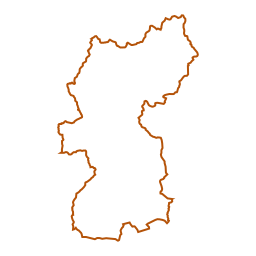 Petris, Arad, Romania
{"feature_id": "2599482B88106197026841", "entity_name": "Petris", "entity_type": "district", "adm_level": 2, "iso_a3": "ROU", "parent_name": "Romania", "parent_adm1": "Arad", "projection": "equal_earth", "projection_center": [22.372, 46.087], "detail": "fine", "context": "isolated", "style": "outline", "palette": "amber", "viewbox_px": 256, "rotation_deg": 0, "n_neighbors": 0, "source": "geoboundaries", "source_scale": "gbopen_adm2", "svg_char_len": 5666}
<svg xmlns="http://www.w3.org/2000/svg" viewBox="0 0 256 256"><path d="M191.7,61.2L193.4,59.7L192.5,57.8L192.7,57.4L194.1,56.6L196.2,56.5L197.1,56.1L197.6,55.5L197.8,54.5L197.6,53.6L197.2,52.4L194.1,48.7L193.7,47.8L191.9,46.7L191.6,46.0L191.5,44.9L190.4,44.2L190.3,43.9L190.8,43.2L190.5,42.1L190.0,41.3L187.9,39.7L187.3,36.3L186.8,36.0L185.1,35.9L184.2,34.1L184.0,33.1L184.3,31.0L184.2,29.6L183.5,27.5L183.6,24.2L184.6,23.0L185.3,21.3L185.4,20.4L185.3,18.8L183.9,17.2L183.6,16.2L183.0,15.4L181.7,15.4L180.7,17.1L178.1,18.0L176.3,16.7L174.6,16.0L173.0,16.4L172.1,16.7L170.5,19.3L169.5,19.6L168.0,19.2L165.7,18.2L164.7,20.6L162.3,22.7L161.4,26.6L161.4,27.9L160.7,29.6L160.1,29.1L159.4,29.4L158.6,28.7L157.7,28.6L156.7,29.3L154.8,27.5L152.1,25.8L150.9,25.8L150.1,26.3L149.8,29.1L149.5,30.4L148.7,31.2L146.5,32.5L145.7,33.5L145.3,34.9L145.5,35.9L145.4,36.8L144.0,38.3L142.5,41.6L142.0,42.0L140.6,41.9L139.0,42.8L137.2,43.0L136.4,44.1L132.6,45.0L131.4,45.0L127.8,42.7L126.9,43.3L126.7,43.9L126.9,44.6L125.7,46.8L124.9,47.4L120.3,47.5L117.8,45.9L117.3,46.0L116.4,44.8L115.8,42.5L115.2,42.1L112.7,41.4L109.9,39.7L109.0,40.5L108.2,41.8L107.6,42.1L106.2,42.2L105.6,42.5L105.0,42.4L103.8,42.7L101.1,42.8L100.6,42.3L100.2,42.1L99.6,39.3L98.3,39.0L96.8,36.8L96.1,36.1L94.8,36.4L93.5,37.6L92.3,38.0L92.1,38.4L91.3,38.9L91.6,39.1L91.9,40.3L91.3,40.8L90.4,42.2L90.2,42.7L90.9,43.6L91.7,44.4L91.9,45.0L91.5,45.7L91.4,46.2L90.9,47.1L90.6,47.9L89.8,48.6L89.6,49.0L88.6,49.6L88.4,50.1L88.5,50.5L88.0,50.8L88.2,51.5L88.6,51.9L88.9,53.0L89.7,54.5L88.9,56.1L87.6,56.8L86.2,58.5L86.1,61.0L85.9,61.5L83.1,63.1L82.7,64.1L82.9,65.4L82.8,65.6L82.4,66.3L81.3,67.1L79.9,68.8L79.7,69.4L79.6,71.4L79.2,73.0L78.5,73.4L77.7,74.3L76.9,76.7L74.8,78.1L74.3,81.1L75.0,83.0L74.8,83.6L74.5,83.9L73.7,83.8L72.9,83.4L72.4,82.7L71.9,82.6L71.2,83.0L70.9,83.5L70.3,83.6L69.9,83.2L69.4,83.3L68.9,83.7L67.7,83.9L67.3,84.5L67.5,86.6L68.1,87.7L68.7,89.8L68.7,91.4L69.5,92.7L69.8,93.6L70.9,95.1L73.5,95.9L74.0,97.0L74.9,98.1L75.2,99.2L75.2,100.7L77.0,102.3L77.1,104.7L77.7,105.8L78.0,107.2L78.7,108.9L78.0,109.5L78.0,109.8L79.5,110.6L79.7,111.4L81.0,113.7L81.0,114.1L81.6,114.7L82.1,116.5L82.0,117.2L81.3,117.7L80.5,117.9L78.9,118.8L77.2,119.5L75.7,120.5L74.5,121.4L74.0,122.4L71.8,123.2L66.8,122.1L65.7,121.2L65.3,121.2L64.4,121.9L63.5,123.1L62.7,123.1L62.3,123.5L61.5,123.3L61.2,124.0L59.2,124.0L58.5,124.9L58.8,126.2L58.5,126.5L58.2,127.7L58.5,128.0L58.7,128.9L58.5,129.6L58.9,130.9L58.4,132.0L58.9,133.0L60.1,134.5L61.5,134.8L62.4,134.8L62.6,137.7L63.4,139.6L63.3,139.9L62.0,141.0L62.1,144.0L62.6,145.6L61.9,149.5L62.0,151.2L61.8,151.9L61.7,152.3L60.9,152.8L64.0,152.8L65.8,152.1L66.8,152.2L67.8,152.8L69.0,154.4L70.6,154.5L71.6,154.1L72.4,153.1L73.7,152.2L76.0,152.2L76.5,151.3L77.3,150.9L80.2,150.3L82.1,150.9L83.7,150.5L85.4,150.5L85.9,151.0L86.2,151.9L86.1,155.1L86.9,156.8L88.4,158.3L88.1,159.3L88.1,160.1L88.5,160.9L88.5,162.5L89.5,164.1L89.8,165.4L90.3,166.0L90.5,166.6L90.5,167.2L92.7,166.9L93.8,168.1L94.7,168.0L95.6,169.3L95.4,169.9L94.7,170.7L94.3,171.8L94.8,174.0L95.2,174.7L93.8,175.7L93.0,177.0L91.4,178.1L90.4,179.4L87.3,181.7L85.6,182.4L85.4,182.6L85.2,184.4L85.3,185.1L83.9,187.1L81.8,189.3L80.3,190.4L79.6,191.4L78.3,192.5L76.4,193.6L76.0,197.5L74.3,199.6L73.3,201.4L73.0,202.3L73.7,205.2L72.2,207.4L72.4,208.6L72.2,208.9L72.5,210.0L72.4,210.4L73.0,211.6L73.1,213.4L72.9,214.0L73.2,214.9L72.1,215.5L71.7,216.3L72.1,218.2L72.7,220.0L73.8,221.9L73.7,222.6L72.6,224.3L73.3,226.6L73.0,229.6L74.5,229.1L75.8,227.8L76.2,228.5L77.5,229.9L78.7,230.4L81.1,232.9L81.6,233.9L82.3,237.0L86.1,237.0L94.9,239.2L97.0,238.1L97.7,238.0L99.8,238.1L102.2,238.8L106.2,238.2L115.5,239.1L117.7,240.6L118.2,240.6L119.1,240.0L120.0,236.1L120.4,234.9L121.4,234.0L120.6,230.7L120.9,229.8L121.9,228.0L123.1,226.8L123.3,225.8L123.6,225.4L123.1,224.2L129.6,222.5L130.7,224.5L132.4,226.6L134.2,226.3L134.9,226.6L137.4,229.8L138.2,232.0L149.1,228.6L149.0,227.1L146.7,224.6L147.7,223.7L155.4,219.9L157.4,219.2L159.4,219.3L162.5,219.9L164.7,220.7L167.0,223.2L168.6,221.5L168.9,220.6L168.0,220.1L168.3,218.5L167.6,217.0L167.8,215.7L167.2,214.5L167.3,214.0L167.7,213.2L167.5,212.9L168.9,209.9L168.5,208.8L168.5,208.5L168.8,208.4L169.2,206.9L168.6,206.3L168.6,205.5L168.9,204.7L169.1,202.9L171.3,202.3L172.2,201.4L172.0,199.7L171.6,199.2L172.0,199.0L167.6,198.4L162.2,193.9L160.5,193.5L160.4,192.6L160.6,191.6L161.6,190.8L162.1,189.5L162.1,188.5L161.5,186.0L160.1,182.2L160.0,181.2L160.4,180.3L161.0,179.8L163.3,179.0L164.2,178.0L164.1,177.4L167.3,174.4L166.0,172.8L165.9,172.3L165.6,166.7L164.6,163.0L164.6,161.4L161.6,157.2L161.2,156.0L160.9,154.5L161.4,152.9L161.4,150.2L162.5,148.0L162.2,143.3L161.7,140.1L160.8,137.8L159.3,137.5L157.6,137.4L156.7,137.8L155.6,137.6L154.5,137.0L153.2,136.8L150.4,135.1L149.9,134.5L149.7,133.6L148.5,132.6L148.0,131.7L145.6,129.7L145.6,128.7L145.0,128.1L142.3,127.2L141.7,126.7L141.3,125.7L141.1,124.7L139.9,123.9L139.3,122.8L139.2,121.3L139.7,120.0L138.5,117.8L142.2,114.7L142.3,113.8L141.9,112.1L142.0,111.1L142.6,110.7L143.7,110.4L143.7,109.8L143.3,108.4L142.2,106.8L142.2,106.1L144.3,103.8L144.5,101.4L145.5,100.9L146.2,101.0L147.2,101.8L148.7,104.9L149.6,105.7L151.5,106.5L152.8,106.7L154.8,105.9L155.3,105.2L155.2,103.3L156.0,102.9L157.7,102.8L163.7,103.9L165.0,102.3L164.7,101.4L165.9,99.0L166.1,98.3L163.6,97.3L163.2,96.8L163.5,96.0L164.7,95.2L166.2,94.7L169.3,94.0L173.1,94.1L173.9,93.9L175.4,92.3L176.9,92.2L177.2,91.6L178.1,88.2L179.2,86.9L179.2,85.9L179.8,84.7L179.8,83.2L179.3,81.9L179.4,81.3L181.0,80.3L183.0,77.5L184.1,76.3L184.8,75.9L186.9,75.8L188.1,74.4L187.9,65.9L188.6,65.4L188.1,64.0L188.3,63.7L190.6,62.7L191.7,61.2Z" fill="none" stroke="#b45309" stroke-width="2"/></svg>